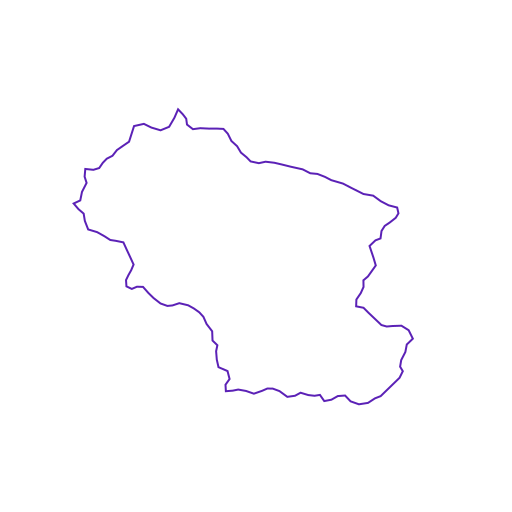 the district of Itupeva, São Paulo, Brazil, rotated 128°
{"feature_id": "56859067B21422135247003", "entity_name": "Itupeva", "entity_type": "district", "adm_level": 2, "iso_a3": "BRA", "parent_name": "Brazil", "parent_adm1": "São Paulo", "projection": "robinson", "projection_center": [-47.066, -23.146], "detail": "fine", "context": "isolated", "style": "outline", "palette": "violet", "viewbox_px": 512, "rotation_deg": 128, "n_neighbors": 0, "source": "geoboundaries", "source_scale": "gbopen_adm2", "svg_char_len": 1951}
<svg xmlns="http://www.w3.org/2000/svg" viewBox="0 0 512 512"><g transform="rotate(128 256 256)"><path d="M326.9,432.0L328.4,424.6L328.7,417.9L333.7,412.5L338.4,404.6L335.0,395.9L333.7,387.4L333.1,380.7L330.4,375.9L326.9,368.9L330.6,361.8L334.2,354.7L338.1,347.2L344.1,345.6L349.4,344.8L355.0,343.6L359.7,339.4L358.4,333.6L353.5,330.9L349.9,326.0L351.4,318.0L352.2,310.9L352.2,302.0L349.9,295.1L346.4,291.4L340.4,287.4L336.6,279.1L335.6,272.7L335.3,266.0L336.3,260.0L340.0,253.1L342.3,244.2L349.4,238.2L350.1,231.5L355.6,228.8L361.8,223.1L366.7,217.1L364.2,207.6L369.2,201.1L376.2,200.8L381.1,196.5L376.4,191.4L372.2,187.8L368.5,180.8L365.8,172.9L358.5,168.2L353.5,165.5L350.2,161.2L348.0,154.3L347.7,144.6L342.1,139.2L336.3,136.7L333.4,129.2L330.1,123.8L326.1,120.1L328.3,112.9L322.8,108.1L316.0,105.3L311.1,99.9L312.3,92.0L309.5,83.6L302.8,77.3L294.9,74.6L289.7,71.5L263.6,67.9L256.4,69.4L254.5,74.3L248.6,77.5L239.7,79.2L232.9,82.7L224.6,81.5L220.5,90.0L221.4,98.5L227.2,105.4L231.1,109.6L233.2,114.7L232.4,122.8L231.5,132.2L230.6,139.4L234.0,146.1L228.5,150.1L220.7,150.6L214.2,152.2L209.0,156.4L203.2,155.2L196.2,155.5L189.7,155.8L185.0,162.4L178.2,172.7L170.1,171.5L165.5,168.7L159.0,172.5L153.0,173.1L147.2,171.2L139.9,169.4L134.7,170.0L130.9,174.6L134.4,182.7L136.0,191.4L136.3,200.8L141.0,209.5L142.2,215.6L143.6,222.5L145.4,232.1L149.9,243.4L151.2,250.4L153.5,258.1L157.4,264.2L159.0,272.6L164.2,283.5L168.0,292.0L171.2,298.9L175.8,306.5L181.1,310.9L184.8,318.5L184.0,324.2L183.8,331.5L181.1,338.5L180.5,346.2L177.0,353.5L175.9,359.9L180.0,365.7L184.3,371.1L189.6,378.6L194.9,383.8L194.9,391.3L190.8,395.5L189.4,400.9L188.4,407.7L197.3,405.4L207.7,404.0L215.7,408.6L219.2,417.5L220.9,425.7L228.7,432.1L239.5,428.1L244.1,426.4L251.3,428.7L258.1,430.8L265.4,430.8L271.2,433.5L276.9,434.1L283.2,433.7L288.2,437.2L292.5,444.1L299.0,439.9L302.7,434.5L312.6,432.6L320.4,428.7L326.9,432.0Z" fill="none" stroke="#5b21b6" stroke-width="2"/></g></svg>